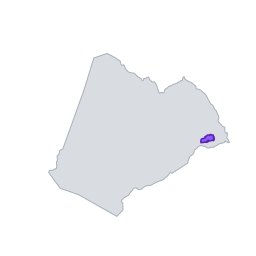 Khenchela on a map of Algeria (Equal Earth projection), rotated 68°
{"feature_id": "DZA-2219", "entity_name": "Khenchela", "entity_type": "Province", "adm_level": 1, "iso_a3": "DZA", "parent_name": "Algeria", "parent_adm1": "", "projection": "equal_earth", "projection_center": [7.088, 34.922], "detail": "fine", "context": "in_parent", "style": "filled", "palette": "violet", "viewbox_px": 256, "rotation_deg": 68, "n_neighbors": 0, "source": "natural_earth", "source_scale": "10m", "svg_char_len": 5031}
<svg xmlns="http://www.w3.org/2000/svg" viewBox="0 0 256 256"><g transform="rotate(68 128 128)"><path d="M179.2,39.4L179.3,39.9L179.4,40.3L178.7,40.8L178.3,41.0L177.7,42.2L176.7,43.1L176.6,43.3L176.6,43.5L177.3,43.9L177.5,44.3L177.6,44.7L177.3,46.4L176.9,49.5L176.9,50.1L177.2,50.9L177.4,51.5L177.5,52.2L177.4,53.9L177.7,54.9L178.0,55.8L177.4,57.0L177.1,58.0L177.0,59.4L176.9,60.3L176.6,61.2L176.1,62.0L175.5,62.5L174.8,62.9L174.0,63.4L173.3,64.9L171.9,66.2L171.6,66.6L171.5,67.6L171.5,69.0L171.8,70.1L172.5,71.8L173.1,73.6L173.2,74.5L173.5,74.8L174.3,75.4L175.8,76.2L176.0,76.5L176.8,77.8L177.4,80.0L177.7,81.5L180.2,83.8L182.7,85.8L182.9,86.1L184.3,92.9L184.8,95.4L186.5,104.2L185.8,104.7L185.0,105.3L185.6,106.5L186.8,108.5L187.5,110.0L187.7,110.7L188.3,112.7L188.8,114.6L188.9,115.2L189.1,116.7L188.9,120.7L189.3,125.9L189.7,128.5L189.0,130.8L188.5,133.0L188.5,134.1L188.9,135.9L189.2,137.2L189.6,137.8L189.6,140.0L189.4,140.8L188.1,142.0L186.6,143.0L186.2,143.9L186.1,144.9L186.3,145.7L190.6,153.1L190.7,153.9L190.8,156.0L191.5,158.6L192.3,159.8L192.5,160.6L193.1,161.2L193.6,161.7L193.9,161.8L195.8,161.0L199.0,162.2L202.1,163.4L202.3,163.7L204.1,167.7L205.7,171.5L171.6,198.6L167.8,202.8L158.9,213.0L158.2,213.5L146.5,216.5L140.4,218.0L140.1,218.1L139.8,218.1L139.5,218.1L139.0,217.8L138.4,217.2L138.0,216.9L137.9,216.4L138.1,215.8L138.4,215.2L138.5,214.7L138.7,214.4L139.0,214.1L139.0,213.7L138.8,213.1L138.6,212.2L138.6,210.5L138.7,209.8L138.1,209.2L137.0,208.5L136.1,208.1L135.6,207.9L134.6,207.7L133.1,207.3L132.6,207.0L131.6,205.5L131.1,205.1L128.9,204.8L128.2,204.6L127.6,204.2L127.1,203.7L126.8,202.9L126.7,202.2L126.5,201.9L124.1,200.3L123.4,199.7L123.1,199.2L123.1,198.4L123.2,197.5L123.1,196.7L123.0,196.3L80.7,158.5L78.5,156.5L73.4,152.2L50.3,133.5L51.0,120.1L51.1,119.4L51.2,119.2L52.0,118.7L53.3,117.5L53.7,117.0L54.3,116.5L56.4,115.0L56.8,114.6L58.8,112.9L59.3,112.6L60.3,112.5L60.7,112.1L61.4,111.4L62.2,110.7L62.8,110.3L63.0,110.2L63.3,110.2L65.1,110.4L65.8,110.6L66.7,110.7L67.0,110.6L67.2,110.4L67.6,109.8L67.7,109.2L67.7,108.6L67.8,108.3L68.0,108.2L68.3,108.3L68.9,108.3L69.9,108.3L70.3,108.2L71.5,108.1L73.2,107.7L75.7,106.9L76.9,105.9L77.7,104.8L78.7,103.2L79.4,101.9L80.9,101.0L82.1,100.5L82.7,100.3L84.3,99.6L86.9,97.4L89.0,97.1L89.5,96.6L89.6,96.0L89.3,95.5L88.8,95.3L88.5,95.0L88.2,95.0L88.1,94.7L88.2,94.1L88.3,93.6L88.5,93.0L88.5,92.3L88.2,91.6L88.1,91.0L88.2,90.5L88.3,90.1L88.8,89.8L89.3,89.7L90.0,89.9L91.2,89.7L94.3,88.4L94.6,88.0L94.8,87.2L95.0,86.4L95.4,86.1L95.6,86.1L98.1,85.6L98.6,85.5L103.2,85.8L107.2,85.9L107.6,85.8L107.6,85.2L107.4,84.2L107.5,83.5L108.1,82.9L108.9,82.2L108.5,81.4L108.0,80.9L107.2,80.2L106.8,80.0L106.1,79.2L105.7,78.3L105.5,76.4L105.0,75.3L104.6,74.0L105.1,71.6L104.6,70.1L104.5,69.5L104.6,68.8L104.8,67.5L104.7,65.7L104.2,63.9L104.5,63.2L104.6,62.9L104.6,62.6L104.1,62.0L103.8,61.6L104.0,61.1L104.3,60.4L104.3,60.2L103.4,59.4L101.9,58.1L101.5,57.5L101.3,56.8L102.8,57.0L103.5,56.9L105.3,56.0L106.7,54.9L107.8,54.3L108.8,53.0L109.7,52.3L110.9,51.4L114.5,49.6L115.1,49.5L116.2,50.0L117.2,49.8L117.9,49.2L118.7,47.6L119.9,46.7L121.4,45.8L123.4,44.9L124.7,44.0L126.8,43.3L131.9,42.9L134.6,42.4L136.4,42.5L138.2,41.2L139.1,40.8L143.0,40.7L144.9,39.7L151.9,39.7L152.7,40.1L153.6,40.6L155.0,41.8L155.7,42.1L156.6,41.8L158.8,40.7L161.2,40.0L162.6,39.3L163.1,38.3L164.3,38.0L164.9,38.7L167.4,39.5L168.9,39.3L169.6,39.1L169.4,37.9L171.0,38.2L172.3,38.8L173.6,39.9L174.4,40.1L176.0,39.6L179.2,39.4Z" fill="#d9dde1" stroke="#a8b0b8" stroke-width="1"/><path d="M165.0,54.6L164.9,54.6L164.9,54.3L165.0,54.0L164.9,53.7L165.0,53.6L165.1,53.4L165.4,53.2L165.5,53.1L165.9,53.0L166.1,52.9L166.2,52.7L166.3,52.4L166.4,52.1L166.3,51.7L166.3,51.2L166.4,51.5L166.5,51.7L166.6,51.8L166.8,51.9L167.0,51.9L167.9,51.7L167.9,51.8L168.0,51.8L168.2,52.2L168.3,52.3L168.5,52.3L168.7,52.2L168.8,52.1L168.9,51.9L169.0,51.9L169.4,51.9L169.5,51.9L169.8,51.8L170.0,51.9L170.1,52.0L170.1,52.6L170.3,52.7L170.5,52.4L170.8,52.4L171.0,52.7L171.3,52.7L171.4,53.0L171.5,53.1L171.7,53.3L171.8,53.5L171.7,53.7L171.0,54.0L170.9,54.1L170.9,54.3L170.9,54.8L170.9,55.1L170.8,55.4L170.8,55.5L170.9,55.9L170.9,56.0L170.9,56.3L170.8,56.5L170.7,56.7L170.3,57.2L170.0,57.6L169.8,57.8L169.6,58.2L169.5,58.3L169.5,58.5L169.6,58.8L169.6,59.0L169.8,59.4L169.9,59.2L169.9,58.9L169.8,58.7L169.8,58.4L170.0,58.3L170.0,58.2L170.3,58.1L170.5,58.1L170.6,58.3L170.6,58.5L170.7,58.8L170.7,59.0L170.7,59.5L170.8,59.9L170.8,60.0L170.8,60.3L170.6,60.8L170.5,61.1L170.2,61.5L170.1,61.9L170.0,62.1L169.9,62.1L169.8,62.6L169.7,62.9L169.6,63.8L169.4,64.5L168.9,65.8L168.0,65.7L167.6,65.5L166.1,64.5L165.8,64.2L165.7,63.8L165.8,63.4L165.7,62.9L165.7,62.7L165.8,62.6L165.9,62.2L166.0,61.6L166.0,61.3L166.0,60.9L166.1,60.5L166.1,60.4L166.1,60.2L165.9,59.9L165.7,59.8L165.2,59.9L164.9,59.9L164.8,59.6L164.8,59.3L164.8,59.2L165.0,58.8L165.0,58.7L164.9,58.4L164.6,57.8L164.4,57.4L164.4,57.1L164.4,56.8L164.4,56.6L164.7,56.0L164.8,55.4L164.9,55.2L165.2,54.9L165.2,54.6L165.0,54.6Z" fill="#8b5cf6" stroke="#5b21b6" stroke-width="1.5"/></g></svg>